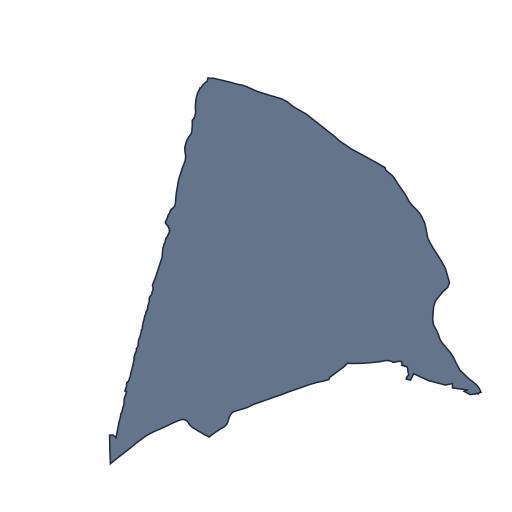 C.A. Rosetti, Tulcea, Romania (Equal Earth projection), rotated 347°
{"feature_id": "2599482B3415534167735", "entity_name": "C.A. Rosetti", "entity_type": "district", "adm_level": 2, "iso_a3": "ROU", "parent_name": "Romania", "parent_adm1": "Tulcea", "projection": "equal_earth", "projection_center": [29.531, 45.308], "detail": "fine", "context": "isolated", "style": "filled", "palette": "slate", "viewbox_px": 512, "rotation_deg": 347, "n_neighbors": 0, "source": "geoboundaries", "source_scale": "gbopen_adm2", "svg_char_len": 6020}
<svg xmlns="http://www.w3.org/2000/svg" viewBox="0 0 512 512"><g transform="rotate(347 256 256)"><path d="M67.4,425.7L72.3,423.2L80.2,419.5L88.7,415.6L91.3,414.3L98.0,411.0L103.3,408.7L108.4,406.5L113.7,405.0L118.0,404.0L124.7,402.8L131.3,401.4L139.4,399.6L144.0,398.9L146.8,398.7L147.8,398.8L149.3,399.3L150.3,399.9L151.5,401.1L152.1,402.1L153.2,405.3L153.8,406.5L155.6,408.9L158.4,411.5L159.5,412.7L160.8,414.1L162.8,415.7L165.8,418.7L167.7,420.1L168.9,421.2L169.5,421.9L170.6,421.4L172.5,420.4L176.0,418.9L178.6,418.0L182.4,416.5L183.4,416.2L185.4,415.7L186.6,415.4L188.2,414.4L189.3,413.6L190.3,412.6L190.9,411.9L193.2,407.9L193.9,406.8L194.9,405.6L197.8,403.0L200.0,402.6L213.1,401.7L217.3,400.7L220.4,400.0L238.8,398.0L238.8,397.9L249.4,396.9L256.7,395.8L280.8,393.2L287.0,392.9L292.1,393.0L294.7,393.0L299.3,392.8L299.4,392.2L299.7,391.7L300.0,391.3L300.4,390.9L300.7,390.8L304.3,389.2L305.0,388.9L308.4,387.4L313.0,385.4L313.2,385.2L313.6,385.1L314.9,384.6L318.2,383.0L321.1,380.9L321.4,381.0L321.4,381.3L321.8,381.4L326.6,382.6L330.8,383.5L334.0,384.2L338.0,384.9L345.9,386.0L352.1,386.8L356.7,387.0L358.2,387.0L358.3,387.1L359.3,387.1L362.0,387.9L362.9,388.4L363.5,388.6L364.0,388.9L364.4,389.1L365.0,390.0L365.5,390.4L366.4,390.5L367.5,390.8L368.2,390.8L369.3,390.5L370.5,390.6L370.9,390.9L371.7,390.7L372.0,390.8L373.1,391.1L373.7,391.4L374.0,392.0L374.1,392.7L373.9,392.9L374.1,393.1L373.9,394.5L373.8,395.1L373.5,395.3L373.7,395.5L374.2,395.7L374.6,395.7L375.3,396.0L375.6,396.4L375.7,396.7L375.9,396.8L377.0,397.2L377.7,397.7L378.0,398.1L378.4,398.7L378.4,399.3L378.4,400.2L378.2,401.5L378.0,404.4L378.1,405.1L378.0,406.1L377.8,406.5L376.2,407.4L375.9,407.7L375.6,408.0L375.4,408.5L374.8,409.4L374.7,409.5L374.8,409.7L375.6,410.3L376.3,410.6L377.8,411.2L378.6,411.8L383.2,406.2L395.9,416.1L411.4,424.3L418.7,424.5L417.8,428.7L431.5,434.0L428.3,434.7L431.3,437.3L433.2,439.0L434.9,439.5L437.3,439.3L438.6,440.1L440.7,439.4L441.2,440.4L442.2,439.7L443.3,439.4L444.6,439.5L443.8,435.4L442.2,431.7L438.5,426.6L436.2,424.1L433.5,420.0L429.0,413.0L426.9,405.3L426.3,402.2L425.4,398.5L424.5,396.2L423.9,394.2L420.3,387.4L417.8,382.5L416.7,379.3L416.3,376.8L416.0,373.2L415.2,369.1L413.7,363.9L413.6,361.2L413.7,360.5L413.7,359.7L414.0,357.0L417.6,345.6L419.5,342.1L420.7,340.3L423.9,337.6L429.8,333.0L435.6,329.8L438.6,325.5L437.8,311.7L437.1,307.9L434.6,300.0L429.7,286.2L429.7,285.6L428.5,282.1L427.5,277.6L427.5,273.1L427.8,268.2L427.8,261.7L426.5,256.0L426.4,255.1L425.1,251.3L423.4,247.9L419.8,242.3L417.5,237.4L415.1,229.0L410.3,217.2L408.0,210.3L407.0,208.4L401.8,201.6L401.6,198.8L389.1,187.4L372.4,172.6L367.9,167.5L364.1,163.7L363.3,162.7L360.3,158.2L341.8,135.2L337.0,129.1L326.4,119.4L321.3,112.9L316.3,108.6L308.1,104.0L294.3,96.0L285.0,88.9L280.9,86.3L275.9,84.2L270.1,80.9L254.3,73.1L250.6,72.3L249.3,71.6L247.8,74.6L247.2,74.9L245.7,75.5L243.9,76.6L242.4,77.6L240.0,79.8L239.4,79.5L239.2,79.9L236.1,83.6L234.9,85.6L233.9,87.4L232.9,89.7L231.3,94.1L230.6,96.2L229.6,101.8L229.1,103.6L227.6,106.3L226.4,108.0L224.4,109.4L223.5,113.4L223.5,113.8L221.7,119.6L220.5,122.0L219.4,123.2L217.3,124.7L216.7,125.6L215.4,126.8L214.3,128.1L213.6,129.3L211.8,132.7L210.9,134.6L210.6,135.9L210.2,139.4L210.0,142.0L209.8,143.3L209.4,144.6L208.9,145.9L208.5,147.0L207.9,148.0L205.8,151.1L204.7,152.6L204.1,153.6L203.5,154.4L203.1,155.6L202.8,156.0L202.5,156.2L202.2,157.0L199.4,161.3L198.0,163.9L197.6,165.0L197.2,165.6L196.7,166.5L196.5,167.1L196.1,168.0L194.9,171.2L194.1,172.9L192.3,177.2L190.0,184.4L188.8,187.8L188.1,188.8L187.2,189.6L186.3,190.4L185.9,190.5L185.0,191.0L184.6,191.0L184.2,191.2L184.4,191.3L184.1,191.8L183.8,192.1L182.8,192.6L182.4,192.9L182.0,193.8L181.9,194.4L181.4,194.7L180.4,195.6L179.2,197.0L178.5,198.3L177.3,200.1L175.7,202.1L175.8,202.2L175.5,202.7L175.1,203.1L175.2,203.5L175.2,203.8L175.3,204.2L175.8,204.6L175.9,204.8L175.9,205.4L176.2,205.8L177.0,206.4L177.1,206.7L176.9,207.2L176.9,207.4L177.1,207.9L177.2,209.2L177.4,209.3L177.5,209.8L177.8,210.1L177.8,210.6L177.7,210.8L177.4,211.0L177.2,211.5L177.3,211.6L177.6,211.7L177.7,211.9L177.7,212.1L177.6,212.3L177.4,212.6L177.1,212.9L176.9,213.0L176.8,213.5L176.5,213.7L176.5,214.0L176.1,214.3L175.9,214.5L175.6,215.0L175.3,215.2L175.1,215.3L175.0,215.7L174.8,216.0L174.0,217.1L173.3,217.5L173.1,217.7L172.9,218.0L172.2,218.5L171.9,218.8L171.8,219.3L171.3,220.1L170.6,221.8L170.2,222.4L169.5,223.1L168.8,224.0L168.4,225.4L167.8,226.2L167.4,226.9L167.1,227.1L164.1,236.3L157.2,247.7L153.0,254.7L149.2,260.0L148.6,261.0L148.4,261.8L148.7,263.0L148.6,263.8L148.2,264.7L148.0,265.7L147.7,266.5L146.7,267.6L146.3,268.1L146.3,268.9L146.1,269.5L143.9,271.3L143.1,272.1L142.6,273.0L142.0,275.1L141.8,276.3L141.2,277.3L139.7,279.8L139.2,280.7L139.0,281.3L138.8,281.8L138.4,283.0L138.1,283.6L137.7,284.2L137.1,284.9L136.0,285.9L136.0,286.8L135.6,287.4L134.9,288.4L134.2,289.2L133.9,289.7L133.8,290.2L133.0,291.7L132.5,293.0L132.1,293.6L131.5,294.4L130.3,297.4L129.6,298.5L129.4,299.3L129.1,300.7L128.8,301.2L128.5,301.9L128.1,302.1L127.5,302.4L127.5,302.6L127.4,303.6L126.7,304.9L126.1,305.9L125.5,307.1L124.9,308.2L124.0,309.7L123.0,310.9L122.8,311.3L121.7,314.1L121.0,316.6L120.6,317.5L120.3,317.9L118.5,319.4L118.4,320.5L118.2,321.3L117.8,322.0L117.1,322.7L115.6,324.9L115.2,325.8L114.7,326.6L114.6,326.9L114.2,327.4L114.1,327.7L114.5,328.4L114.4,329.0L114.1,329.3L113.9,329.5L113.7,329.7L113.5,330.1L113.2,330.9L111.6,334.6L111.1,335.5L110.6,336.3L110.3,336.9L109.8,337.9L109.2,339.0L107.7,342.0L107.2,343.2L106.7,344.2L106.7,344.4L106.2,345.4L105.4,346.4L103.9,349.0L103.6,349.4L103.3,349.6L102.5,349.7L102.0,349.9L101.4,350.5L101.2,351.4L100.7,352.8L100.7,353.8L100.2,354.5L99.3,355.4L99.1,356.3L97.8,358.0L99.4,358.8L97.4,362.4L96.7,363.3L95.4,365.8L94.9,367.3L94.6,368.6L94.0,370.6L92.2,373.8L90.7,377.0L89.8,378.3L88.6,379.8L88.4,380.4L87.9,381.6L87.6,382.5L86.4,384.9L85.4,386.5L83.1,391.8L80.5,397.5L78.8,401.5L76.6,398.4L75.8,398.1L73.0,397.6L68.9,417.6L67.4,425.7Z" fill="#64748b" stroke="#1e293b" stroke-width="1.5"/></g></svg>